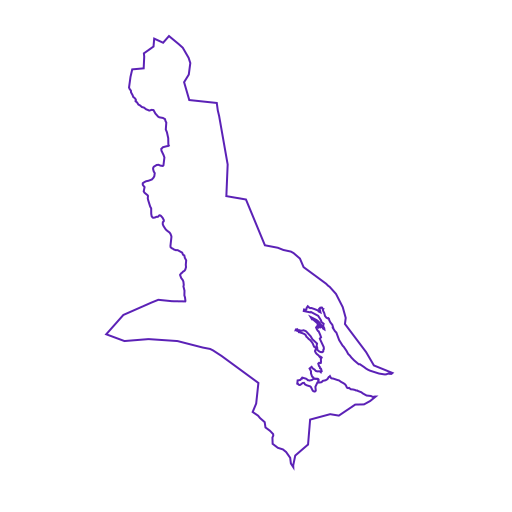 Deatnu sme 1, Finnmark, Norway, rotated 100°
{"feature_id": "86288312B77332611217314", "entity_name": "Deatnu sme 1", "entity_type": "district", "adm_level": 2, "iso_a3": "NOR", "parent_name": "Norway", "parent_adm1": "Finnmark", "projection": "orthographic", "projection_center": [27.521, 70.269], "detail": "fine", "context": "isolated", "style": "outline", "palette": "violet", "viewbox_px": 512, "rotation_deg": 100, "n_neighbors": 0, "source": "geoboundaries", "source_scale": "gbopen_adm2", "svg_char_len": 6068}
<svg xmlns="http://www.w3.org/2000/svg" viewBox="0 0 512 512"><g transform="rotate(100 256 256)"><path d="M457.5,182.6L455.7,183.0L445.7,182.7L432.6,172.0L407.7,174.3L398.9,155.5L398.8,146.7L385.1,132.5L383.4,123.9L379.0,118.4L373.6,113.7L373.7,114.3L374.5,116.5L373.9,118.6L374.2,122.9L372.8,126.9L371.9,128.6L371.2,132.3L370.9,132.8L370.9,133.4L371.1,134.0L370.7,135.4L370.6,137.4L370.8,139.5L369.7,141.5L370.1,142.2L370.1,142.8L369.8,143.6L367.7,145.1L366.8,146.2L366.1,147.7L365.2,150.4L364.1,152.7L364.0,154.2L363.3,158.7L363.4,160.3L363.0,161.1L361.5,162.3L362.2,162.7L362.5,163.3L364.9,164.3L366.3,165.9L367.4,168.6L368.6,169.3L369.1,170.0L369.8,172.3L369.8,173.0L370.0,173.6L374.5,174.8L378.0,173.8L378.8,174.0L379.3,174.6L379.2,176.0L378.7,176.8L375.5,179.2L375.0,180.0L374.5,183.7L373.9,185.5L372.6,186.7L373.0,188.0L375.2,190.0L375.4,190.6L375.5,190.9L375.3,191.7L374.6,192.4L374.8,192.5L374.6,193.2L371.3,193.4L370.8,191.9L370.3,190.8L368.0,189.5L368.2,189.3L367.9,189.2L367.8,188.3L367.9,187.9L368.1,185.6L368.7,184.2L369.3,183.4L369.2,182.9L369.4,181.8L368.5,179.5L367.0,178.0L366.4,173.8L367.0,172.9L368.6,173.2L368.4,173.4L368.8,173.1L368.7,172.7L367.1,172.8L366.4,173.3L366.2,173.9L366.6,177.4L366.5,178.1L365.7,178.4L365.0,179.8L362.0,181.5L360.0,181.8L357.5,183.7L355.5,182.0L356.8,180.7L357.7,178.6L358.8,177.2L359.0,175.7L358.5,173.2L359.2,172.0L358.3,171.9L358.3,171.5L358.1,171.3L356.1,172.2L355.6,172.6L355.6,173.1L355.4,173.5L354.0,174.0L353.5,174.8L351.2,176.0L350.2,175.3L350.2,174.4L350.1,174.0L350.2,173.8L350.1,173.6L348.8,173.6L345.3,174.5L345.1,174.4L345.3,174.1L345.2,174.1L345.3,173.9L344.9,173.7L345.1,173.1L344.2,174.1L344.3,174.0L344.1,174.5L344.3,174.5L344.3,175.0L344.6,175.3L344.5,175.6L343.1,177.0L342.0,179.1L340.9,180.4L339.4,181.4L338.3,181.2L337.9,180.8L336.3,181.0L335.3,182.5L335.2,183.1L332.2,185.0L330.8,186.4L329.3,188.2L328.6,189.7L327.3,191.3L326.7,192.4L325.4,193.2L324.5,194.6L323.9,197.1L323.8,198.4L323.5,198.8L323.6,199.4L323.4,200.0L323.5,200.5L323.1,200.6L322.7,201.4L322.7,201.7L322.6,201.8L322.3,202.3L322.5,202.8L322.1,203.8L322.2,204.1L321.5,204.0L321.5,203.4L320.9,202.8L321.9,201.1L321.5,200.3L321.8,198.9L321.3,197.1L320.9,196.5L321.1,194.9L321.5,193.6L325.6,188.2L328.2,186.0L331.6,180.7L333.9,180.7L335.9,179.7L337.7,179.4L338.9,177.4L339.3,176.2L339.4,175.3L339.2,175.1L339.3,174.3L339.1,173.8L338.1,173.2L336.7,173.4L335.8,173.0L333.9,173.5L327.1,178.3L326.2,178.8L324.8,177.8L322.3,179.2L319.3,181.2L319.2,181.8L317.7,183.3L316.0,184.4L314.7,183.8L314.7,183.4L314.3,183.2L314.6,182.8L315.7,182.7L315.8,182.1L314.9,181.5L315.2,180.1L314.8,179.6L314.1,179.6L313.9,180.1L314.3,180.6L313.7,181.2L312.6,181.7L312.5,182.0L313.0,182.8L312.6,183.4L311.6,183.8L308.6,188.8L308.7,189.8L306.6,191.6L308.6,185.1L309.8,182.9L311.9,180.9L312.1,180.3L314.1,178.9L314.7,177.9L315.8,177.4L316.4,175.9L315.2,176.3L313.9,177.4L312.3,177.8L311.0,177.6L309.4,180.4L308.2,180.7L304.1,184.4L301.6,192.2L302.1,192.7L301.9,199.4L300.3,199.4L300.3,197.5L299.6,197.1L298.3,197.1L296.5,196.3L297.7,194.4L297.9,193.5L297.6,192.4L298.1,189.3L298.7,186.4L298.8,185.3L299.7,184.8L300.3,182.7L298.2,183.6L297.0,184.6L296.0,183.9L296.2,183.7L295.5,182.8L295.3,182.3L295.4,181.9L296.5,181.3L296.6,181.1L296.6,180.6L297.2,180.8L298.1,180.5L300.3,178.9L303.1,177.6L304.5,176.0L305.0,174.6L304.6,174.1L305.2,173.2L306.5,172.7L308.5,171.2L310.5,168.9L313.3,167.5L313.5,167.8L316.5,165.0L317.4,163.6L324.4,159.5L329.3,155.1L330.1,153.9L333.7,150.4L336.5,148.2L337.8,146.2L339.4,144.5L341.7,141.3L344.8,136.0L344.5,135.0L346.7,130.1L347.7,128.2L348.5,126.1L349.1,123.9L350.4,114.4L350.3,109.0L350.0,107.4L348.8,105.3L348.9,104.7L348.6,102.2L347.5,101.3L343.3,120.9L331.6,130.8L307.5,156.6L301.4,156.9L291.3,161.7L279.5,170.6L273.5,178.2L272.9,179.6L271.1,182.2L258.7,207.2L250.9,212.3L246.6,219.5L245.6,222.4L245.3,230.1L244.1,235.9L243.9,249.1L202.1,275.7L202.2,295.6L170.8,299.8L124.6,316.6L119.3,318.9L112.1,321.2L114.0,348.8L97.3,357.0L89.0,353.7L77.4,354.2L72.5,356.8L63.6,364.3L60.8,368.8L54.5,379.9L62.1,384.5L59.6,394.0L67.5,393.3L75.9,401.6L79.1,400.7L90.7,399.2L93.7,410.3L101.4,410.7L112.1,410.3L113.4,409.5L114.9,407.9L116.5,407.5L119.1,405.4L120.7,404.5L121.4,403.1L122.4,401.9L123.3,401.3L124.3,401.6L125.0,400.7L125.3,399.9L127.3,398.1L127.9,396.2L129.1,394.3L129.3,392.1L130.6,389.7L131.0,387.6L131.3,386.6L131.2,386.0L130.2,384.2L130.1,382.3L133.2,379.8L135.8,376.5L136.2,375.3L136.2,371.7L137.0,369.4L138.9,368.5L140.2,367.5L147.1,366.8L149.6,365.2L155.2,362.9L161.3,361.7L162.4,361.0L163.0,361.7L163.3,362.8L165.0,366.5L167.0,367.9L168.7,367.4L172.6,364.6L174.9,363.3L182.7,362.9L183.4,363.3L183.6,363.9L183.5,365.1L183.6,365.8L183.1,367.8L183.6,369.6L185.8,372.1L186.7,372.5L188.1,372.5L190.5,371.4L192.0,370.1L195.0,370.0L196.6,370.5L198.7,371.8L200.6,375.0L201.4,377.1L202.4,378.5L203.9,380.1L204.8,380.1L205.8,379.7L207.5,377.7L211.9,377.8L213.1,376.7L215.0,373.3L215.6,372.8L218.0,372.6L219.9,371.8L225.7,368.8L227.3,367.5L232.7,366.5L235.1,365.6L236.0,364.5L236.2,364.1L236.1,363.5L235.6,362.1L234.7,360.9L234.6,360.0L234.4,359.4L232.7,358.2L232.6,357.8L232.9,356.7L234.6,354.6L236.7,353.0L237.9,352.9L238.8,353.6L240.2,353.5L241.2,353.2L242.9,352.0L245.6,349.4L246.6,347.8L247.9,345.2L249.0,344.1L250.8,343.0L251.8,342.6L261.0,342.0L262.2,341.6L263.0,340.3L263.1,339.5L263.8,338.1L264.2,335.8L263.9,334.9L263.9,334.0L265.5,329.3L267.4,328.1L267.9,326.7L270.1,325.8L272.4,324.0L276.9,323.6L279.1,323.0L281.8,323.3L283.1,324.0L284.2,325.3L285.1,325.7L286.2,326.8L287.8,327.5L290.6,325.9L292.6,323.8L294.0,323.0L297.1,322.1L298.5,322.2L302.6,320.4L307.2,319.7L309.2,318.7L312.5,317.7L313.0,317.8L315.1,330.8L316.1,344.6L320.1,351.0L337.1,376.4L359.1,389.9L362.6,370.8L356.5,347.4L353.4,318.5L355.4,292.5L355.5,285.1L356.4,282.0L360.4,272.6L380.6,231.6L401.3,230.2L410.2,232.2L412.9,226.2L414.9,223.9L418.1,218.6L423.2,216.9L425.7,211.9L428.4,208.2L429.9,207.8L431.9,208.3L438.1,207.0L441.1,201.2L441.8,195.9L443.8,192.3L448.8,187.3L454.3,185.6L457.5,182.6Z" fill="none" stroke="#5b21b6" stroke-width="2"/></g></svg>